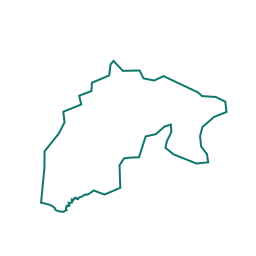 the district of Suzak, Jalal-Abad, Kyrgyzstan, rotated 348°
{"feature_id": "92254566B63974139076370", "entity_name": "Suzak", "entity_type": "district", "adm_level": 2, "iso_a3": "KGZ", "parent_name": "Kyrgyzstan", "parent_adm1": "Jalal-Abad", "projection": "mercator", "projection_center": [73.12, 41.081], "detail": "fine", "context": "isolated", "style": "outline", "palette": "teal", "viewbox_px": 256, "rotation_deg": 348, "n_neighbors": 0, "source": "geoboundaries", "source_scale": "gbopen_adm2", "svg_char_len": 1806}
<svg xmlns="http://www.w3.org/2000/svg" viewBox="0 0 256 256"><g transform="rotate(348 128 128)"><path d="M227.7,132.8L228.6,122.5L220.3,115.9L207.1,112.2L203.9,107.8L173.5,84.6L163.6,87.0L153.5,82.7L151.3,74.2L134.8,71.0L127.8,59.4L124.2,62.1L120.5,72.7L102.2,76.2L100.0,84.2L87.0,86.3L87.1,95.3L68.1,98.6L67.1,109.2L59.3,118.9L41.5,133.5L38.0,149.6L27.4,183.0L27.8,183.1L29.1,183.7L34.0,186.1L36.4,187.6L38.5,189.5L39.9,191.4L40.0,193.0L42.0,194.5L42.9,195.1L45.0,195.8L47.2,196.6L48.8,195.9L50.2,195.6L50.7,195.5L50.5,195.0L50.5,194.9L50.7,194.6L50.6,193.9L50.7,193.7L50.7,193.2L50.8,192.9L51.1,192.7L51.4,192.6L51.5,192.5L51.5,192.2L51.9,191.6L52.1,191.5L52.7,191.4L52.8,191.8L53.2,191.7L53.3,191.5L53.5,191.7L53.5,191.9L54.0,191.9L54.0,191.2L54.3,191.2L54.4,190.8L54.6,190.9L54.6,190.7L54.8,190.2L54.7,189.5L54.8,189.6L55.1,189.4L55.3,189.4L55.4,189.2L55.5,189.2L55.7,189.3L55.9,189.3L56.5,189.3L57.1,189.3L57.4,189.1L57.6,188.9L57.7,188.6L57.9,188.5L57.9,188.4L58.0,188.5L58.3,187.4L58.4,186.9L58.4,186.3L59.5,187.1L59.6,186.9L59.6,186.7L59.8,186.6L60.0,186.6L60.6,186.1L60.7,185.9L60.8,186.0L60.9,185.8L61.0,185.7L61.4,185.6L61.7,185.5L61.9,185.4L62.1,185.5L62.3,185.5L62.4,185.4L62.7,185.6L62.8,185.6L62.9,185.8L63.0,185.8L63.2,186.0L63.2,186.3L63.1,186.5L63.4,186.8L63.6,186.9L63.8,187.1L64.1,187.2L64.6,186.7L64.9,186.4L65.1,186.1L65.3,186.0L65.5,186.0L65.6,185.9L69.2,185.4L70.4,184.7L71.3,184.4L72.2,184.2L73.2,184.7L73.7,184.5L74.0,184.3L75.0,184.7L81.5,182.0L83.0,183.0L91.2,188.2L108.0,184.9L112.0,162.7L117.9,156.8L124.9,157.6L132.7,158.9L143.5,139.9L154.0,139.8L163.9,134.2L170.6,133.5L169.6,141.0L163.3,148.9L160.5,155.1L167.0,163.2L187.6,177.0L199.3,178.2L199.8,170.0L195.7,161.3L196.8,151.0L200.9,142.6L214.6,135.0L227.7,132.8Z" fill="none" stroke="#0f766e" stroke-width="2"/></g></svg>